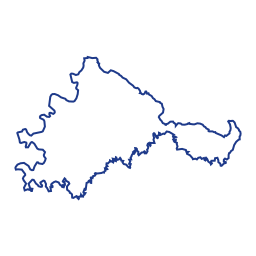 Tsuili-Tsuili, Leribe, Lesotho
{"feature_id": "5366337B67330505907526", "entity_name": "Tsuili-Tsuili", "entity_type": "district", "adm_level": 2, "iso_a3": "LSO", "parent_name": "Lesotho", "parent_adm1": "Leribe", "projection": "albers", "projection_center": [27.748, -29.04], "detail": "fine", "context": "isolated", "style": "outline", "palette": "blue", "viewbox_px": 256, "rotation_deg": 0, "n_neighbors": 0, "source": "geoboundaries", "source_scale": "gbopen_adm2", "svg_char_len": 5835}
<svg xmlns="http://www.w3.org/2000/svg" viewBox="0 0 256 256"><path d="M73.4,197.9L76.5,196.1L77.3,196.6L77.3,197.7L78.6,199.0L78.9,198.6L78.4,197.0L79.2,196.6L80.6,196.6L81.0,194.7L82.0,196.5L83.1,196.6L83.2,195.3L84.4,194.7L85.4,193.1L83.7,192.9L83.4,192.2L84.5,189.1L85.4,189.9L85.7,189.7L86.6,182.9L88.0,182.4L88.7,180.9L89.4,180.5L90.6,182.8L91.2,182.9L91.3,180.0L90.8,177.6L91.2,177.4L92.6,178.0L93.2,176.0L94.7,175.8L95.6,174.6L94.9,173.7L95.3,173.1L97.3,173.5L101.4,173.0L103.1,172.3L104.0,172.6L104.4,171.4L105.4,170.8L105.0,168.6L106.8,169.3L107.3,169.1L105.9,167.4L106.4,166.3L107.4,166.1L106.4,164.8L106.6,163.3L108.1,163.3L108.9,162.3L109.9,161.8L110.0,160.5L113.2,162.4L113.4,161.5L112.7,160.8L113.1,159.8L112.8,158.7L113.7,158.9L114.7,160.7L115.9,161.1L115.9,160.3L114.5,159.4L115.7,158.6L115.9,157.3L116.3,157.5L116.5,158.6L117.6,159.8L119.0,159.3L120.1,157.9L120.7,158.6L121.3,160.6L123.2,160.9L122.5,162.2L123.3,163.5L123.9,164.1L126.0,164.5L128.5,167.3L130.0,167.9L130.2,167.5L129.9,166.5L130.7,164.1L129.1,163.8L130.2,161.6L129.2,159.7L131.2,159.5L130.6,157.7L131.5,156.4L131.6,155.5L132.6,153.9L134.0,153.9L134.6,153.1L134.6,152.4L133.4,152.7L133.0,152.1L134.1,151.1L134.9,152.1L135.4,151.9L135.6,150.2L135.2,148.1L136.1,148.2L136.9,149.0L136.9,150.5L138.4,151.9L138.1,154.2L138.8,155.2L141.7,152.5L143.2,152.4L144.4,151.3L144.9,151.6L144.9,153.3L146.3,153.3L147.5,151.3L147.1,149.6L147.9,148.7L148.3,147.0L147.3,145.4L147.9,143.7L149.0,143.0L149.4,144.8L150.3,145.8L150.6,145.4L150.4,144.0L150.8,142.9L154.5,143.0L153.5,139.6L154.1,137.8L153.4,135.7L153.3,133.9L154.0,133.2L154.6,133.6L156.6,137.6L157.6,138.1L157.9,137.7L157.5,136.9L157.5,135.7L159.1,135.2L159.0,132.8L159.9,133.2L160.5,134.9L163.3,133.6L164.5,134.0L166.7,131.5L169.3,132.0L174.0,134.8L172.9,136.1L173.1,136.9L173.7,137.2L175.4,136.7L176.0,137.1L174.1,138.0L173.2,139.5L174.4,140.3L175.8,139.9L175.7,140.6L174.1,141.3L174.5,141.9L176.9,142.8L176.8,144.2L177.5,146.4L176.7,148.5L177.1,149.6L182.1,148.9L185.9,150.0L186.3,151.7L188.2,151.9L186.9,153.1L187.0,153.8L190.0,155.3L192.7,158.4L192.9,159.2L195.4,158.7L196.9,159.4L198.3,157.8L200.4,157.3L201.7,158.9L203.9,158.0L204.6,160.0L205.5,160.5L205.8,160.1L205.5,158.2L206.0,157.7L207.2,159.0L208.3,161.6L210.5,163.2L210.9,164.4L211.9,163.4L210.9,161.8L211.4,160.8L214.7,160.7L215.1,158.2L217.4,157.8L218.3,160.2L218.4,162.2L220.2,163.5L220.7,165.7L221.6,165.8L223.9,163.5L225.7,163.0L225.8,162.2L223.8,161.5L223.9,159.6L225.0,158.6L226.8,159.5L228.6,158.1L228.6,155.0L229.1,153.1L230.0,152.8L230.9,151.2L232.8,149.8L234.2,145.0L236.2,141.8L238.7,139.6L239.7,139.4L239.6,136.5L240.3,135.6L240.6,133.7L240.3,131.8L239.0,130.5L238.9,129.6L237.6,128.0L236.2,127.2L234.6,122.5L233.0,120.9L232.0,120.8L231.1,121.1L228.8,120.8L228.2,121.4L230.0,124.4L230.7,128.1L230.4,130.2L229.5,131.8L229.5,133.4L226.3,135.9L225.1,135.4L224.0,137.1L221.5,135.4L215.8,133.0L215.3,132.1L214.2,132.2L212.5,131.4L209.1,131.4L208.5,131.0L208.7,129.6L206.3,128.4L205.4,127.1L204.0,126.4L202.7,124.7L200.1,123.6L197.4,123.3L194.6,124.3L192.8,124.3L189.2,123.8L189.2,123.1L187.9,123.5L187.3,124.1L184.7,124.7L182.0,124.6L180.7,123.5L178.5,123.2L177.7,123.5L175.8,125.8L175.8,124.5L174.4,123.0L173.7,122.8L173.1,121.6L171.9,121.6L170.3,121.7L167.7,123.8L166.6,124.0L166.0,124.9L165.4,124.8L165.0,124.0L162.8,123.1L161.3,120.6L160.4,119.9L158.8,117.1L159.3,115.9L163.0,112.6L163.6,109.0L162.5,106.8L161.8,103.7L160.2,102.9L159.9,102.1L155.8,101.1L154.4,99.1L153.0,98.2L151.6,96.0L149.0,94.5L148.5,93.3L147.1,93.7L146.2,91.5L145.5,91.5L144.5,93.6L143.1,94.4L141.8,94.0L141.1,93.2L140.0,93.1L140.4,92.4L140.0,90.8L138.6,88.7L137.5,87.9L136.3,88.2L134.3,87.4L133.1,85.7L129.0,82.7L126.2,79.3L122.6,77.6L121.2,76.0L119.1,74.7L118.9,74.0L113.5,71.1L110.8,70.3L107.9,72.9L104.1,71.8L100.0,67.8L98.9,65.4L99.2,63.6L98.2,63.3L98.2,62.6L97.5,62.2L97.9,61.5L97.3,60.1L97.5,59.3L96.1,57.8L92.3,58.1L87.7,57.0L87.6,58.0L84.2,58.3L84.6,60.7L83.4,63.3L83.6,65.8L83.2,67.6L81.4,70.4L79.3,72.2L78.3,74.3L75.9,75.0L72.9,73.7L71.3,73.6L70.4,74.5L72.2,82.1L73.9,82.9L76.9,82.3L77.6,83.0L77.4,84.7L76.1,87.9L76.3,88.7L78.1,90.2L77.7,94.1L76.4,98.3L74.5,101.1L73.3,101.6L69.0,101.4L66.3,100.1L65.4,98.8L61.1,97.4L58.1,95.3L54.7,94.0L52.5,94.1L51.4,94.9L50.3,96.8L49.1,105.9L54.4,110.6L54.8,112.1L54.3,113.2L53.2,113.9L50.7,112.8L49.6,112.9L49.3,114.0L50.1,116.1L49.3,116.9L46.9,116.7L44.2,114.7L41.7,115.1L40.4,115.9L39.9,117.0L40.2,118.1L43.2,119.5L44.0,120.3L44.4,121.4L44.9,126.6L42.8,131.3L41.6,131.9L33.4,133.6L31.3,135.6L29.8,135.2L28.4,133.9L27.1,132.2L26.1,129.5L25.2,129.0L22.9,129.7L22.0,131.5L17.9,132.4L17.3,133.0L19.4,139.4L19.9,142.5L21.0,143.0L24.3,142.0L26.3,142.6L26.5,143.4L25.7,146.6L25.9,147.3L28.1,147.3L30.5,143.1L31.5,142.1L32.2,142.1L34.3,143.7L37.3,148.6L38.8,149.4L42.8,149.7L45.0,152.1L43.8,155.1L44.1,156.4L45.7,158.5L45.1,160.6L43.8,163.0L42.4,164.0L38.9,163.4L37.9,162.3L37.0,162.4L34.6,166.3L33.3,170.0L32.0,170.2L30.3,169.4L28.5,165.9L24.0,162.9L20.5,163.3L17.5,164.6L15.8,166.8L15.4,167.9L15.9,169.6L17.9,169.3L21.8,169.6L25.1,174.0L25.2,175.1L23.6,176.9L22.9,178.5L23.7,180.4L26.1,183.6L24.0,187.7L24.7,190.4L28.0,189.2L29.2,189.9L30.3,189.6L31.2,191.0L31.9,191.0L32.4,188.8L30.2,188.5L28.6,183.7L32.3,179.7L33.7,179.9L36.0,183.6L37.8,185.0L38.5,186.2L40.9,186.9L41.9,186.6L42.1,185.3L40.7,183.8L40.4,182.5L43.4,180.6L44.5,180.9L46.0,184.0L45.8,186.5L47.1,188.0L48.7,191.3L51.0,191.0L50.4,187.1L52.2,187.2L52.6,186.9L52.4,185.8L51.1,185.0L51.6,183.8L53.9,182.1L55.8,181.4L58.7,182.5L60.0,184.8L61.5,185.7L62.1,186.9L63.7,187.3L64.0,186.6L63.0,185.8L62.9,185.1L64.8,185.0L65.0,184.2L64.4,182.0L63.5,182.3L62.8,181.3L64.6,178.4L65.4,179.1L66.0,180.7L68.7,182.3L69.3,183.7L67.0,186.4L67.1,189.7L69.6,191.6L69.8,192.8L71.1,193.4L72.0,194.4L72.2,197.6L73.4,197.9Z" fill="none" stroke="#1e3a8a" stroke-width="2"/></svg>